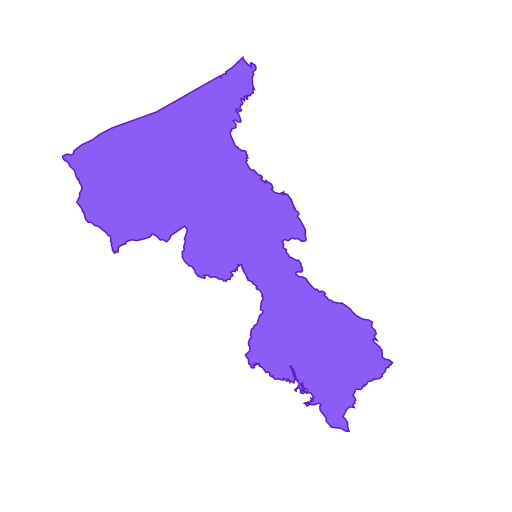 outline of Cianjur, Jawa Barat, Indonesia, rotated 143°
{"feature_id": "22746128B34542084533901", "entity_name": "Cianjur", "entity_type": "district", "adm_level": 2, "iso_a3": "IDN", "parent_name": "Indonesia", "parent_adm1": "Jawa Barat", "projection": "equal_earth", "projection_center": [107.144, -7.054], "detail": "fine", "context": "isolated", "style": "filled", "palette": "violet", "viewbox_px": 512, "rotation_deg": 143, "n_neighbors": 0, "source": "geoboundaries", "source_scale": "gbopen_adm2", "svg_char_len": 6098}
<svg xmlns="http://www.w3.org/2000/svg" viewBox="0 0 512 512"><g transform="rotate(143 256 256)"><path d="M314.5,279.6L314.3,274.9L312.7,271.9L310.5,269.1L309.5,269.6L309.3,272.0L306.0,269.5L305.3,266.5L301.6,264.2L299.8,261.7L299.5,259.8L296.7,257.7L297.0,255.8L295.9,255.7L295.4,253.8L293.1,254.6L290.7,253.0L288.1,254.9L286.4,254.0L285.7,255.6L286.1,258.1L284.0,258.0L282.4,256.4L281.7,257.1L281.5,256.1L279.9,257.5L279.4,256.2L277.9,258.3L275.6,258.2L275.4,259.5L274.0,257.9L272.6,257.9L274.3,255.0L273.9,254.2L274.7,252.8L274.1,252.4L275.0,251.7L275.6,245.0L276.5,244.4L276.3,242.5L277.0,241.8L274.6,237.7L275.1,236.4L273.5,231.0L275.1,230.5L275.3,229.6L274.8,228.0L273.9,227.8L273.6,225.3L274.1,221.0L275.5,220.6L275.3,218.9L277.3,216.6L278.6,216.7L284.7,210.7L283.3,207.9L284.5,206.7L289.0,206.1L296.3,201.0L299.1,201.5L302.4,199.8L303.7,200.3L308.0,196.2L308.6,193.6L311.2,193.4L314.5,191.0L315.5,189.3L315.4,187.8L318.2,184.0L324.1,183.3L324.6,180.3L324.0,178.5L326.6,174.4L325.8,172.3L326.9,169.9L326.3,168.6L324.4,168.9L324.7,167.1L323.0,170.9L322.0,169.0L320.5,170.3L320.1,168.4L318.5,168.3L318.4,167.3L319.6,166.3L318.0,163.0L318.1,156.9L315.8,155.8L315.5,154.3L316.9,152.2L315.9,150.0L314.5,150.0L315.3,149.0L315.0,146.2L312.0,144.4L309.3,140.6L307.5,141.6L307.6,139.7L306.2,139.2L306.9,137.8L305.2,137.0L304.5,139.1L304.4,138.0L304.3,138.5L304.1,138.8L304.9,134.9L304.2,135.6L303.2,134.7L302.2,131.9L299.0,133.9L296.5,141.2L295.6,140.9L296.2,142.6L294.8,143.7L295.5,144.5L295.5,145.1L294.9,145.5L295.3,147.3L294.7,148.3L295.2,147.3L294.5,147.4L294.5,145.4L295.2,144.9L294.5,143.9L295.3,142.1L294.9,141.1L297.5,134.3L298.5,134.8L298.3,133.1L297.2,132.1L298.3,131.6L298.1,126.8L300.0,127.4L301.2,126.1L305.3,125.7L305.0,124.8L305.6,124.8L305.2,124.0L304.3,125.4L301.4,125.4L300.6,123.8L301.1,122.4L299.7,120.6L298.0,121.3L297.8,124.5L297.0,125.6L296.4,125.3L296.5,126.3L296.1,125.9L295.1,126.6L294.6,126.6L296.2,125.8L296.4,124.8L296.9,125.3L296.6,124.1L297.4,123.4L297.5,121.8L296.4,120.6L295.7,119.2L297.5,121.4L299.0,119.1L301.2,121.7L302.8,120.0L301.1,117.7L298.0,117.8L298.3,116.3L296.0,117.2L297.2,115.6L294.7,113.7L295.0,108.1L295.8,108.6L296.9,106.8L297.7,109.3L298.4,107.3L299.3,107.8L299.2,106.5L300.0,107.0L300.8,106.1L302.0,107.0L301.8,108.0L303.1,108.2L302.7,107.4L303.2,106.6L304.7,109.0L306.0,109.3L305.3,108.1L305.7,105.5L302.6,105.3L299.1,102.1L294.7,101.0L293.5,98.2L296.0,97.1L297.6,93.8L297.4,84.4L299.3,82.0L298.7,73.8L291.7,67.0L289.7,62.1L287.2,59.9L285.6,64.4L283.2,67.8L282.7,72.3L283.3,75.2L275.9,78.8L271.9,79.2L268.7,75.9L268.5,77.8L267.2,79.4L265.6,78.8L264.9,80.8L263.2,80.7L262.5,82.5L262.5,86.3L258.4,88.0L257.4,89.6L256.0,89.3L253.0,86.5L250.5,86.6L249.4,87.6L247.6,86.7L247.0,88.0L245.2,86.8L242.6,88.3L237.6,86.2L236.1,87.3L235.2,85.9L230.5,83.6L229.1,84.3L227.8,83.6L226.4,85.4L222.2,86.1L219.1,88.5L217.0,87.1L216.0,88.6L214.1,87.9L211.1,88.7L212.4,93.1L215.1,96.1L216.1,99.0L212.1,105.1L212.7,105.1L211.8,109.0L213.6,116.2L212.9,118.9L212.2,119.0L210.1,115.7L210.1,119.7L209.4,121.1L207.0,121.3L205.7,124.4L206.2,128.1L205.7,130.8L202.8,133.0L204.8,137.5L208.8,141.3L211.7,147.9L212.8,154.3L212.5,156.5L215.7,166.9L217.0,167.2L221.7,172.2L222.7,175.3L224.6,177.9L224.1,179.7L225.3,183.5L223.4,184.0L223.2,185.6L224.3,188.2L226.9,189.2L227.5,193.2L229.2,193.5L230.1,202.2L229.7,207.7L231.3,211.0L234.2,213.7L235.0,217.5L234.7,218.3L232.6,218.6L229.1,215.7L227.4,216.6L226.0,219.4L225.8,221.7L224.8,222.4L224.6,227.1L226.3,228.0L228.7,233.6L230.0,234.7L229.2,237.7L229.8,240.4L227.8,242.8L229.3,246.3L226.7,248.9L226.5,251.5L223.1,252.0L221.3,248.9L216.4,248.6L214.5,246.0L212.3,245.0L210.5,240.1L208.4,238.6L206.2,238.6L204.6,242.2L200.8,247.2L199.0,258.2L199.2,262.4L197.9,263.7L196.6,263.4L195.8,265.2L197.3,270.0L196.0,270.5L196.6,272.2L195.6,272.8L195.4,276.3L194.4,277.1L194.4,279.3L193.6,280.0L194.1,281.7L193.7,286.0L195.3,288.4L196.4,288.3L195.4,290.3L196.9,289.6L196.4,290.6L197.6,291.2L197.6,290.3L198.7,290.3L203.0,295.6L203.5,300.4L202.6,299.6L201.3,300.6L200.4,304.1L201.4,306.7L202.7,307.7L202.1,308.1L202.4,309.9L202.9,309.2L203.7,310.1L204.5,309.0L205.1,312.6L205.9,313.2L205.5,315.1L204.8,314.4L203.4,315.0L203.7,317.8L205.3,319.1L206.0,326.0L207.6,326.7L208.4,329.1L207.5,337.4L205.8,337.3L205.0,339.7L203.4,339.2L203.8,340.6L202.2,341.4L202.6,342.8L201.2,345.6L202.7,348.0L204.3,348.3L204.3,350.4L205.3,351.6L205.1,353.9L206.3,356.1L203.4,368.2L201.6,370.8L200.2,370.7L199.1,372.1L194.9,370.6L192.7,373.5L192.8,377.7L190.7,377.2L190.2,374.6L188.1,372.4L186.6,372.9L184.4,380.0L184.8,384.3L182.9,385.1L182.8,381.4L180.3,380.9L179.5,381.7L180.2,383.5L176.9,386.0L175.7,385.2L174.3,386.1L173.9,390.6L172.5,390.3L171.7,387.0L169.3,390.4L167.5,389.8L169.2,387.3L168.4,386.4L165.9,389.2L164.0,387.4L163.3,388.3L159.9,388.1L158.2,391.3L157.0,390.0L155.9,394.3L151.3,401.1L148.2,402.6L148.0,404.9L144.0,404.9L142.2,407.1L141.9,409.0L143.4,413.0L144.2,413.3L146.1,410.1L147.0,413.8L147.3,412.8L147.6,420.9L146.8,422.6L161.3,420.8L169.6,421.2L170.1,419.5L172.9,421.0L175.8,420.7L176.1,419.5L176.6,419.3L176.4,421.5L248.7,430.9L293.8,444.9L307.7,447.2L317.2,447.2L327.5,449.6L338.0,449.6L340.8,447.4L342.8,447.8L345.4,451.0L350.3,452.1L351.3,450.7L351.3,447.5L349.8,444.6L350.5,439.5L349.4,433.3L351.9,427.8L351.4,425.4L352.3,425.2L352.4,424.2L351.3,423.5L352.8,421.2L353.2,416.5L355.4,413.8L359.4,412.1L360.5,410.0L366.7,406.9L366.6,398.5L367.7,396.2L367.7,393.6L370.1,387.6L369.7,383.9L367.2,381.7L366.3,377.2L364.1,374.6L361.4,363.9L361.8,362.1L360.6,359.5L361.8,356.7L363.4,355.3L363.6,352.6L365.0,351.9L366.2,347.9L366.8,347.9L367.6,344.0L366.8,343.2L365.4,344.6L365.0,342.9L363.5,342.2L360.7,345.7L356.2,345.5L353.4,344.2L350.7,345.6L345.0,343.4L342.5,340.3L336.4,337.6L329.0,334.9L325.5,336.2L323.3,331.3L322.8,326.4L320.5,325.1L318.8,321.1L314.8,321.8L311.2,323.6L295.0,322.8L294.9,319.4L295.7,317.5L303.0,312.6L303.3,310.4L308.2,306.9L309.7,303.8L312.5,303.7L315.6,299.2L316.1,295.8L315.7,291.1L314.9,289.8L315.6,288.6L313.6,286.6L313.4,284.0L313.6,280.7L314.5,279.6Z" fill="#8b5cf6" stroke="#5b21b6" stroke-width="1.5"/></g></svg>